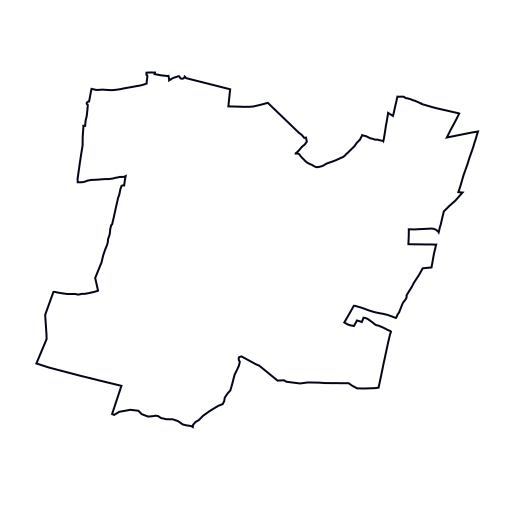 Plesoi, Dolj, Romania, rotated 8°
{"feature_id": "2599482B69646126792007", "entity_name": "Plesoi", "entity_type": "district", "adm_level": 2, "iso_a3": "ROU", "parent_name": "Romania", "parent_adm1": "Dolj", "projection": "orthographic", "projection_center": [23.536, 44.344], "detail": "fine", "context": "isolated", "style": "outline", "palette": "ink", "viewbox_px": 512, "rotation_deg": 8, "n_neighbors": 0, "source": "geoboundaries", "source_scale": "gbopen_adm2", "svg_char_len": 5969}
<svg xmlns="http://www.w3.org/2000/svg" viewBox="0 0 512 512"><g transform="rotate(8 256 256)"><path d="M395.7,369.3L396.2,362.1L396.7,354.8L397.3,344.9L398.9,323.1L399.6,315.4L400.2,312.1L399.2,311.5L397.7,311.2L395.1,310.3L392.2,309.3L390.9,308.9L388.8,308.4L387.0,307.9L386.2,307.8L385.1,307.8L384.6,307.7L383.7,307.4L380.9,305.7L379.6,305.0L377.8,304.0L376.1,303.2L375.0,302.7L373.9,302.4L372.7,302.2L371.1,302.1L370.0,306.6L367.1,306.1L365.2,305.8L364.9,305.8L364.3,307.7L363.5,309.5L362.7,311.7L358.8,311.5L356.3,311.0L354.1,310.1L352.7,309.5L357.0,298.9L359.8,291.7L361.6,291.6L363.9,292.0L368.1,292.6L375.5,294.2L378.1,294.6L380.5,295.0L383.6,295.3L385.4,295.4L387.8,295.5L390.3,295.6L394.4,296.0L398.8,296.9L403.1,297.9L403.4,297.5L403.8,296.6L404.3,294.5L404.7,293.5L405.3,292.5L405.5,292.1L405.8,290.9L406.5,288.0L407.2,284.9L407.7,283.0L408.1,281.8L408.6,280.9L409.4,279.6L409.9,278.6L410.4,277.4L410.8,276.3L410.8,275.2L410.6,274.1L411.4,272.0L414.6,264.8L416.2,260.3L420.3,251.5L422.8,245.0L431.4,242.9L431.9,228.9L432.5,222.9L432.8,219.6L431.8,219.8L428.8,220.1L422.8,220.9L415.7,221.8L407.1,222.9L405.3,223.1L405.2,222.6L405.0,220.4L404.6,216.0L404.1,211.8L403.7,208.9L403.6,208.3L408.5,207.7L410.0,207.5L413.4,206.8L424.5,204.7L425.8,204.4L428.1,204.4L429.7,204.7L431.0,205.2L432.9,206.4L433.6,207.2L434.2,200.9L434.4,200.3L434.7,197.6L435.1,192.8L435.8,185.7L440.5,179.5L445.5,173.7L449.3,168.0L451.7,164.4L447.5,164.6L448.6,158.7L450.3,147.0L452.6,135.9L453.6,129.8L454.8,123.7L455.9,118.1L456.7,112.7L457.4,109.2L457.9,105.2L458.5,101.8L451.9,103.9L428.5,112.1L431.2,104.0L435.1,93.5L437.4,86.6L437.1,86.5L414.8,84.6L410.3,84.1L401.3,82.8L398.7,82.4L398.5,81.9L398.3,81.9L398.0,81.9L397.5,81.9L397.0,81.7L396.5,81.5L393.7,80.7L392.5,80.4L391.9,80.2L390.9,80.0L390.3,79.9L389.9,80.0L389.4,79.9L388.4,79.5L387.2,79.2L385.5,79.0L384.1,78.8L382.4,78.8L381.3,78.3L380.3,77.8L379.1,77.8L378.1,77.9L377.0,78.1L376.5,78.3L375.4,78.3L374.8,78.5L374.5,78.5L373.9,78.5L373.9,78.8L373.7,80.1L373.5,83.2L373.2,86.2L372.7,92.3L372.5,95.3L372.1,98.2L371.7,98.0L370.0,97.3L368.0,96.4L366.9,95.9L366.9,98.0L366.8,101.6L366.7,105.5L366.5,108.2L366.5,112.3L366.4,118.0L366.3,121.9L366.1,124.5L366.0,124.4L363.9,124.3L361.8,124.1L360.2,123.9L358.6,124.1L357.5,124.2L356.3,123.9L355.0,123.7L354.3,123.6L352.7,123.5L351.8,123.2L350.9,122.9L348.9,122.2L348.0,122.0L347.0,121.9L346.1,121.9L345.2,121.7L344.3,121.5L344.2,122.1L343.9,122.9L342.7,126.4L341.6,127.9L339.9,130.1L339.2,131.6L338.0,133.9L336.7,135.5L335.1,137.6L334.1,138.9L332.3,141.3L331.7,141.9L331.3,142.3L330.7,143.2L330.2,144.0L329.3,145.0L328.8,145.5L328.4,145.8L328.1,146.0L327.5,146.5L327.1,146.7L326.6,146.9L326.2,147.0L325.3,147.9L324.4,148.3L322.0,149.9L320.9,150.5L319.5,151.3L317.8,152.2L316.4,152.9L314.6,153.8L313.2,154.6L312.5,155.1L311.7,155.7L310.8,156.5L309.7,157.3L308.8,157.8L307.6,158.4L306.2,158.9L304.9,159.3L304.1,159.6L303.0,159.5L302.2,159.4L301.7,159.2L298.9,158.1L297.4,157.6L296.5,157.4L293.9,156.5L292.1,155.5L289.3,153.3L287.9,152.3L286.4,151.0L285.5,150.1L284.8,149.3L284.4,149.1L283.4,148.8L282.5,148.8L281.6,148.9L281.0,149.0L281.0,148.9L281.2,148.5L281.7,148.1L283.5,145.9L284.7,144.0L286.1,141.8L287.3,140.3L288.2,139.5L288.7,138.9L289.5,137.4L290.0,136.5L290.4,135.8L290.4,135.7L289.0,131.8L287.3,132.3L284.4,129.7L281.2,127.9L246.4,102.7L239.1,105.8L232.3,108.4L228.5,109.2L226.1,109.5L223.9,109.9L215.5,110.8L207.8,111.7L207.2,94.5L162.0,89.6L160.8,88.4L160.4,88.2L160.3,89.3L159.2,90.4L157.9,90.8L156.6,90.6L154.8,88.7L153.8,88.9L152.2,89.8L150.4,90.6L148.2,91.9L147.0,93.0L145.6,94.1L145.6,93.9L144.3,89.8L143.2,90.1L140.4,90.2L136.6,90.3L134.6,90.2L133.6,90.1L132.1,90.1L131.0,90.0L130.3,90.0L130.4,88.4L126.3,88.9L125.6,89.0L122.0,89.7L122.1,91.2L122.4,91.9L122.8,92.0L123.1,92.2L123.3,92.8L123.5,93.9L123.5,96.5L123.5,98.5L123.7,100.5L120.4,102.1L117.6,103.3L114.1,104.4L109.3,106.0L105.5,107.2L102.2,108.3L98.0,109.8L93.9,111.0L90.9,111.7L88.7,112.0L85.3,112.3L82.5,112.5L80.8,112.6L78.6,113.1L76.5,113.5L74.8,113.8L73.5,113.7L71.9,113.5L70.4,113.5L69.9,113.4L69.8,113.8L69.2,126.2L68.4,126.5L67.5,127.1L67.1,127.9L67.1,128.5L67.5,129.1L68.2,129.4L68.5,130.6L68.7,134.6L68.9,140.9L68.4,146.0L68.7,150.9L68.1,151.0L66.9,151.1L67.1,151.8L67.5,158.1L67.8,162.1L68.4,166.8L68.9,170.7L68.7,179.5L68.6,188.0L68.6,204.7L69.2,207.8L73.8,207.1L76.4,206.1L78.7,204.8L82.3,203.6L85.7,203.0L89.6,202.2L92.6,201.5L96.0,200.8L99.0,200.4L100.9,199.9L103.5,199.2L106.0,198.1L108.6,197.3L110.2,196.6L111.4,196.5L114.2,196.0L115.8,195.0L115.6,198.4L115.6,201.8L115.6,204.5L114.5,204.6L113.9,204.8L113.3,205.1L113.0,205.5L112.9,206.0L112.8,206.9L112.8,207.2L112.5,207.8L112.2,212.2L112.1,214.2L111.4,217.3L110.7,225.3L109.8,237.2L109.1,244.8L108.2,245.8L108.2,247.1L107.9,249.6L108.1,253.4L108.0,255.7L107.6,257.7L107.3,258.7L107.2,259.8L107.3,262.9L107.0,265.7L105.7,270.8L104.6,276.6L103.9,284.0L99.8,300.1L104.4,312.3L104.0,312.6L102.0,313.5L99.5,314.6L97.6,315.2L96.8,315.6L92.7,317.0L90.7,317.5L89.4,317.6L89.0,317.7L85.6,318.9L84.4,319.0L83.0,318.8L82.0,318.8L80.1,319.1L77.1,319.5L74.3,319.9L71.2,319.9L68.3,319.9L65.6,319.8L64.2,319.8L62.7,319.6L61.3,319.6L60.4,319.8L55.4,343.6L59.4,362.7L60.2,367.4L53.5,393.0L66.7,395.3L99.0,399.1L126.5,401.9L140.8,403.3L135.5,432.5L137.6,433.1L142.3,429.3L153.0,425.8L161.1,425.6L164.8,428.5L169.0,429.5L171.7,430.0L175.6,429.1L179.0,428.1L181.5,428.2L184.5,429.7L190.5,430.1L196.2,429.3L201.8,430.4L206.9,433.0L210.6,433.4L215.5,433.4L217.2,434.2L217.2,431.9L219.2,428.8L222.2,426.5L225.8,421.6L231.8,415.9L239.5,409.6L243.6,407.3L244.7,404.2L244.8,400.6L247.0,396.0L249.3,392.7L250.2,386.5L251.3,376.6L253.0,371.5L254.3,367.2L254.7,363.1L253.4,361.3L253.1,359.7L253.2,358.7L254.9,357.7L255.7,357.5L270.9,363.2L274.4,364.1L294.7,376.4L300.9,375.2L303.7,376.3L317.4,376.1L324.9,374.0L335.5,372.7L342.2,372.2L365.5,369.1L369.4,371.1L374.6,373.0L381.3,372.2L392.2,370.3L395.7,369.3Z" fill="none" stroke="#020617" stroke-width="2"/></g></svg>